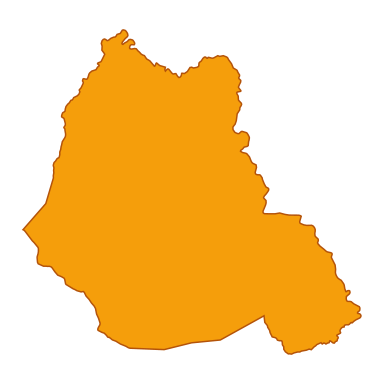 outline of Concordia, Olancho, Honduras
{"feature_id": "27666195B67988098345344", "entity_name": "Concordia", "entity_type": "district", "adm_level": 2, "iso_a3": "HND", "parent_name": "Honduras", "parent_adm1": "Olancho", "projection": "robinson", "projection_center": [-86.696, 14.659], "detail": "fine", "context": "isolated", "style": "filled", "palette": "amber", "viewbox_px": 384, "rotation_deg": 0, "n_neighbors": 0, "source": "geoboundaries", "source_scale": "gbopen_adm2", "svg_char_len": 5849}
<svg xmlns="http://www.w3.org/2000/svg" viewBox="0 0 384 384"><path d="M129.9,348.2L164.2,349.6L191.6,342.8L220.3,340.0L264.0,315.8L264.8,322.4L267.4,325.6L267.7,327.3L269.6,330.4L270.1,332.7L272.2,336.9L275.7,337.8L276.8,338.9L277.3,340.0L277.8,340.3L279.4,340.7L281.1,340.7L281.8,341.0L282.2,341.9L282.4,344.8L283.7,346.8L283.8,349.3L285.0,351.2L285.4,351.8L288.3,353.9L289.7,353.8L291.4,354.1L292.3,353.8L293.8,353.0L297.6,352.0L299.8,352.0L301.4,351.1L306.3,350.2L309.2,349.1L311.3,349.7L314.4,346.6L315.6,345.9L316.8,344.6L321.0,342.7L322.2,344.0L323.9,343.0L324.9,343.3L325.6,343.9L326.2,343.9L327.5,343.1L329.1,342.7L329.7,341.0L329.9,340.8L330.5,341.0L333.1,343.0L334.3,343.1L334.7,342.7L335.2,341.8L336.0,341.3L336.8,341.1L337.1,340.7L337.5,339.0L338.1,338.2L338.2,337.5L337.9,336.8L336.9,335.9L336.8,335.3L337.1,335.0L339.9,333.5L340.5,333.0L340.6,332.4L340.0,331.3L340.0,330.5L340.6,329.1L341.5,328.0L342.5,327.2L344.1,327.0L344.4,325.5L344.8,325.2L346.0,324.8L348.4,324.8L349.4,324.2L350.9,322.6L351.4,322.5L351.8,322.9L352.3,322.8L353.7,321.4L355.8,319.9L359.9,317.9L360.7,316.9L361.0,315.9L360.7,314.9L360.2,314.2L359.4,313.7L358.0,313.5L357.5,313.0L357.8,312.1L359.4,310.8L359.8,310.1L359.9,308.0L359.3,306.7L353.9,303.9L351.2,301.7L349.9,301.4L347.8,301.4L347.0,301.0L346.6,300.4L346.2,298.8L346.4,296.5L349.5,293.8L350.0,292.6L349.8,291.1L349.2,290.6L348.1,290.6L347.5,290.8L346.2,291.7L345.9,291.6L344.8,288.8L344.2,285.1L343.6,283.7L341.2,280.3L339.5,279.3L337.9,278.1L337.2,277.2L336.4,275.8L335.7,274.1L335.4,272.5L335.6,269.2L335.1,265.0L331.4,257.6L331.5,256.2L332.1,254.6L332.0,253.4L330.9,252.7L327.3,251.9L326.1,251.2L324.0,249.3L320.0,246.1L317.9,243.7L317.6,242.5L318.3,240.7L318.2,239.3L318.0,238.9L315.7,236.8L315.0,235.8L314.8,233.4L315.2,231.1L315.2,229.5L314.7,228.1L313.7,226.6L312.8,225.8L311.6,225.3L306.7,225.4L303.9,224.9L300.3,223.4L299.8,222.6L299.7,221.5L301.2,216.3L300.9,215.9L299.7,215.4L298.6,215.2L289.2,215.1L284.9,214.4L279.7,213.0L275.0,213.8L268.6,213.8L264.6,213.7L263.7,213.3L263.2,212.8L263.0,212.1L263.1,211.0L265.6,204.9L266.1,202.9L266.0,200.5L263.8,198.2L263.6,197.8L263.7,197.2L264.4,195.9L266.2,193.9L267.9,191.5L268.7,190.0L268.7,188.9L268.1,188.1L266.1,187.1L265.6,186.4L264.2,183.8L262.4,179.3L262.2,177.9L260.4,175.2L259.5,174.8L257.7,174.8L256.5,174.5L255.9,174.2L255.4,173.5L255.2,172.4L256.5,167.4L256.1,164.9L252.8,163.3L251.9,162.5L251.0,160.8L249.5,157.0L247.0,153.9L246.0,153.3L242.5,152.5L240.5,151.3L240.7,150.4L242.6,149.0L244.2,147.1L247.2,146.4L248.2,145.6L248.6,141.6L249.0,140.4L249.4,137.8L249.0,136.5L248.0,134.6L247.1,133.2L246.5,132.7L242.3,131.4L241.3,131.5L239.0,133.6L237.9,133.6L236.6,133.2L234.8,132.3L233.0,129.6L232.9,127.2L233.8,125.8L235.1,124.2L236.3,120.7L237.2,113.8L239.7,109.9L239.9,107.6L241.0,105.9L241.6,104.5L241.4,103.3L238.6,100.3L238.4,99.4L238.2,96.1L237.0,93.9L236.7,93.0L236.9,92.4L237.5,92.0L240.4,91.4L240.9,91.0L240.8,90.5L238.9,88.1L238.4,87.1L239.4,84.6L240.6,82.2L240.8,80.7L240.6,80.2L239.1,78.8L238.8,78.3L238.8,77.4L239.4,76.5L239.6,75.1L237.9,72.3L237.1,70.4L236.5,69.9L233.3,68.0L231.5,63.7L228.6,59.7L227.5,57.6L226.2,56.8L223.3,55.7L219.7,56.4L217.8,55.7L213.7,57.9L212.7,58.2L211.6,58.1L208.6,57.3L208.0,57.5L207.6,58.2L207.1,58.3L206.6,58.1L205.7,57.1L204.4,57.1L202.9,58.4L201.2,61.1L200.0,61.9L199.0,63.0L198.8,65.5L198.6,66.2L198.1,66.7L197.0,67.3L193.5,68.0L191.6,67.2L190.0,67.5L187.4,71.5L184.5,73.5L181.9,73.2L181.6,73.6L181.5,74.7L180.9,76.2L179.9,77.3L178.9,77.5L178.4,77.1L177.6,76.3L175.9,73.6L175.0,73.6L173.7,74.0L172.5,73.7L171.7,72.9L168.9,69.4L168.4,69.1L167.9,68.9L167.3,69.1L165.4,71.1L165.0,70.3L164.9,69.2L165.4,67.2L159.9,65.6L158.9,64.9L156.8,63.1L156.4,63.0L156.1,63.3L155.0,65.9L154.4,66.2L149.8,60.8L146.6,58.9L144.4,55.6L142.7,55.0L141.2,54.1L139.5,52.2L138.0,50.9L136.3,48.8L134.5,48.5L131.4,49.1L130.0,48.7L129.6,48.2L129.6,47.3L129.9,46.1L130.6,45.1L131.6,44.6L134.1,44.8L134.6,44.1L134.7,43.2L134.2,42.1L133.2,40.6L132.6,40.0L130.6,39.4L129.1,39.6L127.2,41.6L124.6,43.0L122.9,44.4L122.3,44.2L121.9,43.4L122.5,41.9L125.0,38.8L127.4,36.6L127.7,36.0L127.9,35.3L127.5,33.4L126.1,31.2L125.0,30.3L123.2,29.9L122.3,30.2L120.3,33.4L117.1,34.4L115.8,36.5L115.1,37.0L113.5,37.2L110.7,38.4L109.1,39.8L107.7,40.6L106.9,40.5L105.8,39.5L104.5,39.0L103.3,39.4L102.1,40.7L101.3,43.5L102.1,46.0L101.9,50.2L104.4,53.6L104.7,54.3L101.2,61.4L100.6,61.9L98.2,62.8L97.6,63.3L97.6,63.9L99.1,65.1L99.2,65.7L97.5,67.2L96.0,69.7L91.8,71.1L89.8,72.8L89.0,74.0L87.9,77.7L86.9,79.2L86.4,79.3L83.7,78.7L83.0,79.0L82.5,80.9L83.3,82.3L83.2,83.3L81.1,87.8L79.3,89.8L79.3,90.5L79.9,91.8L78.9,94.2L77.3,95.8L73.7,97.6L73.0,99.0L72.1,100.0L70.8,100.4L69.3,102.8L67.7,104.2L66.0,106.5L65.3,108.9L65.0,111.2L64.0,112.0L62.9,112.6L62.5,113.1L61.7,115.3L61.6,116.8L62.4,117.5L63.5,118.0L64.0,118.5L65.3,123.3L65.3,125.2L63.9,127.3L64.0,127.9L64.6,128.4L64.9,129.2L65.0,130.5L65.6,134.0L65.5,136.0L65.0,137.4L62.3,141.7L61.6,145.0L61.1,146.7L60.7,149.5L59.8,152.0L59.8,154.7L59.2,157.1L58.6,157.9L57.7,158.2L56.9,158.9L55.6,161.0L54.1,162.5L53.4,164.7L53.3,165.8L53.8,167.2L53.9,168.3L53.6,170.4L53.8,172.8L53.3,175.7L53.4,178.0L45.8,203.6L23.0,229.7L24.0,230.2L25.1,231.3L32.3,240.8L34.1,242.6L38.1,247.5L38.4,248.7L38.4,251.5L38.1,253.6L37.2,256.6L37.1,257.7L37.5,262.3L38.2,263.8L43.5,266.2L46.3,266.2L47.5,266.4L49.3,266.3L51.0,266.8L52.1,267.8L54.8,271.7L57.7,275.1L61.5,276.7L64.1,278.2L64.7,279.4L65.6,283.8L66.1,284.5L73.1,288.8L75.0,289.6L76.9,290.7L81.1,291.9L83.3,291.5L84.3,292.4L86.1,296.1L89.1,299.4L91.4,302.9L94.1,306.0L95.5,308.5L96.6,314.1L98.5,318.2L100.1,323.2L99.9,324.8L98.4,327.4L97.9,328.7L97.8,329.7L98.1,330.4L101.8,332.3L104.3,333.2L106.6,335.5L107.6,337.0L108.3,337.3L109.3,337.4L112.4,339.9L115.9,341.2L120.4,344.0L126.0,346.3L128.3,347.7L129.9,348.2Z" fill="#f59e0b" stroke="#b45309" stroke-width="1.5"/></svg>